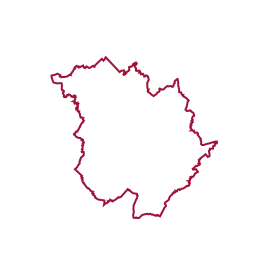 outline of Mueang Ratchaburi, Ratchaburi, Thailand, rotated 51°
{"feature_id": "78962969B80351946153843", "entity_name": "Mueang Ratchaburi", "entity_type": "district", "adm_level": 2, "iso_a3": "THA", "parent_name": "Thailand", "parent_adm1": "Ratchaburi", "projection": "equal_earth", "projection_center": [99.739, 13.545], "detail": "fine", "context": "isolated", "style": "outline", "palette": "rose", "viewbox_px": 256, "rotation_deg": 51, "n_neighbors": 0, "source": "geoboundaries", "source_scale": "gbopen_adm2", "svg_char_len": 5804}
<svg xmlns="http://www.w3.org/2000/svg" viewBox="0 0 256 256"><g transform="rotate(51 128 128)"><path d="M216.8,158.7L213.1,150.3L212.4,147.5L211.8,147.1L210.1,147.0L209.3,146.3L209.5,141.8L208.9,140.5L208.0,139.6L207.5,137.5L207.5,135.5L206.8,134.5L207.4,133.5L206.7,132.7L207.7,131.7L207.4,131.0L206.6,130.6L208.0,129.7L207.5,128.7L207.4,127.6L207.9,126.7L208.8,126.7L208.9,124.3L209.7,123.4L210.1,121.5L209.9,119.9L210.2,119.4L210.0,118.9L210.5,117.8L211.0,117.7L211.1,116.5L210.1,115.5L209.8,114.6L209.4,114.5L208.8,115.1L208.3,114.6L208.0,113.7L207.2,114.2L207.5,113.5L207.3,112.4L206.7,111.8L206.7,111.1L206.1,111.4L206.0,110.4L205.4,110.1L205.8,109.3L206.4,108.9L206.9,108.0L206.4,106.8L206.5,106.2L205.5,104.6L206.1,101.3L202.8,101.1L201.4,103.5L200.4,103.3L200.5,102.4L200.2,99.3L200.4,99.3L201.0,98.1L201.3,96.2L201.6,95.6L201.4,94.9L199.9,95.4L200.0,94.2L198.2,93.8L198.0,92.7L197.4,92.8L197.5,91.1L197.1,90.9L197.2,89.7L197.3,84.2L200.7,84.2L201.1,82.3L199.5,81.0L197.0,79.7L196.4,78.6L196.6,78.3L195.6,77.4L197.5,74.9L195.7,73.2L196.4,71.8L194.9,70.5L195.8,68.7L194.6,67.4L193.6,68.5L191.2,74.1L191.0,74.9L190.0,76.6L188.9,79.7L187.8,81.2L186.4,81.3L185.0,79.8L182.7,79.1L182.5,78.3L177.1,78.2L176.9,77.4L175.7,77.0L174.4,77.8L173.8,79.1L172.3,79.0L171.6,78.5L171.3,79.2L170.3,79.5L169.6,80.4L169.6,79.4L167.1,79.4L167.0,78.6L165.6,78.3L165.7,77.0L164.3,76.7L164.6,75.6L163.8,75.3L164.1,73.9L163.6,73.7L163.5,74.3L162.5,74.2L162.7,73.3L162.3,73.2L162.3,72.6L161.1,72.5L160.1,71.0L159.8,70.1L160.2,69.0L160.0,68.7L157.4,67.7L155.4,68.4L154.5,68.3L154.0,68.7L153.3,68.7L152.5,70.7L152.0,70.9L151.6,71.7L149.9,71.8L148.3,68.8L145.2,65.2L144.8,63.5L140.8,64.0L138.2,65.1L137.5,65.0L137.1,64.2L136.0,65.1L133.8,64.4L132.7,65.5L132.1,65.6L130.7,64.3L126.2,62.0L124.6,60.5L121.1,58.6L120.9,59.1L121.0,62.3L121.7,62.7L121.8,63.2L122.7,63.6L122.8,64.9L124.2,66.6L123.9,67.8L122.4,68.1L121.1,70.4L120.1,71.0L120.1,74.2L120.4,75.5L119.7,77.4L117.3,78.5L117.4,79.1L119.0,80.0L119.4,80.6L119.3,81.7L118.9,82.7L119.5,84.1L119.3,88.0L116.2,88.9L114.8,88.9L112.5,89.7L111.3,88.1L111.1,88.8L110.4,88.1L108.9,87.7L107.6,86.4L106.8,86.1L104.7,84.2L103.7,81.6L101.2,80.3L101.0,80.5L99.9,80.1L98.7,80.6L98.0,81.9L98.6,82.1L98.3,83.0L95.3,82.3L94.4,84.2L93.0,83.4L92.0,84.5L91.4,83.0L90.7,83.0L89.6,84.1L89.4,85.1L88.4,85.7L86.7,84.2L84.7,84.2L83.0,83.5L83.0,83.2L83.8,82.7L83.9,82.0L83.5,80.7L82.3,80.5L81.9,81.1L81.6,84.1L82.3,84.5L82.5,86.5L82.3,87.2L81.4,88.2L81.3,88.8L84.0,90.8L83.7,93.7L84.3,94.9L84.5,96.8L84.1,97.8L83.5,97.8L83.5,96.9L82.6,96.4L82.4,95.1L81.3,95.3L80.7,94.9L79.3,97.2L79.3,99.3L59.0,100.8L59.1,101.4L59.6,101.6L60.2,104.7L57.8,104.8L58.5,113.3L58.9,115.0L59.4,115.5L59.2,115.8L58.2,115.4L57.8,115.8L57.4,117.5L57.6,118.7L56.7,120.6L54.1,121.5L54.5,123.1L53.9,123.1L53.8,124.1L52.8,124.2L51.2,123.6L50.2,128.0L49.2,127.6L48.8,128.7L47.5,128.7L47.2,130.6L47.4,131.1L47.8,131.3L47.8,131.6L48.2,131.5L48.3,132.8L48.6,132.8L48.5,133.6L49.5,135.4L49.4,136.2L50.3,138.4L50.2,138.6L50.9,139.2L49.8,140.0L49.8,142.5L48.1,145.7L46.7,147.2L46.6,147.8L45.5,147.8L45.3,148.6L44.9,148.6L44.3,147.4L41.4,148.6L40.5,151.9L39.4,153.7L39.2,154.6L41.1,155.7L45.1,157.2L46.1,157.1L49.1,154.6L50.9,151.8L51.7,151.5L52.8,152.1L56.0,155.0L57.5,155.4L58.2,154.6L59.1,154.6L59.5,155.2L59.9,156.7L62.0,157.0L63.3,158.2L64.2,157.7L64.9,156.8L64.5,156.6L64.6,155.8L64.1,155.3L64.3,154.3L64.7,154.2L64.5,153.6L64.6,153.0L66.0,152.1L66.7,152.3L67.5,151.9L68.0,152.2L68.7,151.8L69.3,151.2L68.9,151.0L68.8,149.3L69.9,148.7L70.4,149.2L71.2,149.2L71.2,150.3L72.4,150.9L73.2,152.5L73.0,153.4L73.4,153.0L73.9,152.9L74.2,153.3L74.6,152.9L75.1,153.3L75.2,154.0L75.7,154.0L76.6,151.2L77.3,151.6L77.7,152.4L78.1,151.8L78.5,152.8L79.2,153.0L79.2,153.6L80.0,153.7L79.9,154.7L80.4,154.7L79.9,155.8L80.2,156.2L81.5,155.6L81.6,156.2L82.2,155.7L83.1,156.4L84.3,155.5L84.6,156.3L86.4,156.4L88.6,157.7L89.6,157.8L90.1,158.2L90.6,157.3L92.1,156.4L92.8,157.7L94.5,157.6L94.7,158.8L95.3,159.3L95.0,160.3L95.4,161.6L95.9,162.4L96.3,164.1L96.9,164.4L97.4,166.4L98.2,167.5L98.2,168.9L99.0,169.5L98.1,170.8L98.3,171.4L98.9,172.0L98.6,173.7L99.2,174.1L100.0,173.5L101.8,173.9L104.6,172.7L105.6,171.4L106.8,171.4L107.5,170.8L108.3,170.9L108.9,170.4L109.2,170.7L109.1,171.2L109.5,170.9L110.2,171.4L111.0,171.3L111.3,172.4L111.8,172.0L112.3,173.1L113.0,173.6L112.6,174.0L112.7,174.7L113.8,174.9L115.2,176.1L115.5,177.1L116.1,176.8L116.9,177.8L117.3,179.0L117.6,179.0L117.7,178.2L118.4,178.2L118.8,177.6L119.9,178.2L120.8,179.5L121.3,179.6L121.4,183.3L122.0,183.9L122.4,185.1L123.3,185.7L123.4,186.5L123.7,187.1L124.7,187.5L125.3,188.1L125.3,189.3L126.5,192.3L126.6,195.2L136.1,193.9L136.2,194.8L138.2,194.7L138.0,195.8L139.9,196.0L140.0,196.6L142.7,197.4L142.8,197.0L143.4,196.9L143.5,197.2L145.9,197.3L149.4,197.4L149.8,196.7L151.8,196.4L153.2,196.6L155.8,195.3L156.2,196.9L157.7,196.2L157.9,197.2L160.0,196.6L160.1,196.9L161.6,196.9L161.7,197.3L164.8,196.2L169.3,192.1L170.5,192.6L172.6,195.0L172.5,193.6L173.1,191.0L172.9,190.2L172.6,190.0L173.1,189.9L173.1,189.5L173.0,188.7L172.7,188.4L172.9,187.6L172.6,187.2L173.1,187.2L173.1,186.8L174.0,186.3L174.2,186.7L174.6,186.6L174.9,186.4L174.9,185.9L175.4,185.9L175.9,181.4L175.7,179.2L176.2,179.2L177.1,176.9L175.4,166.7L176.4,166.8L176.4,166.4L177.1,165.8L177.8,166.1L181.9,165.1L184.7,162.5L185.7,163.3L186.4,162.9L188.2,165.2L188.8,166.9L189.7,168.4L191.8,172.5L195.1,175.3L196.7,176.0L199.1,179.0L201.2,180.1L202.3,179.3L202.5,178.4L203.0,178.1L203.1,177.7L203.4,177.7L203.6,177.2L204.2,177.0L204.7,176.5L204.9,175.1L204.5,171.9L205.7,169.0L206.6,167.8L206.8,166.9L208.1,166.3L208.7,164.6L209.7,164.4L210.4,163.9L210.4,163.5L213.1,162.0L213.3,161.4L213.7,161.5L213.8,160.7L214.3,160.5L214.2,160.1L214.5,159.6L214.7,159.8L216.8,158.7Z" fill="none" stroke="#9f1239" stroke-width="2"/></g></svg>